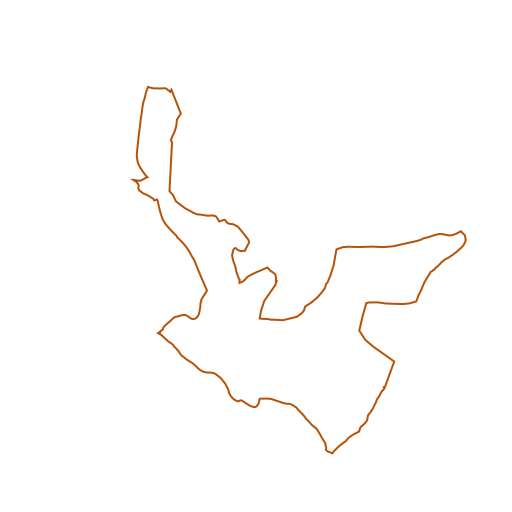 the district of Marisule, Gros Islet, Saint Lucia, rotated 303°
{"feature_id": "8701671B53143424756117", "entity_name": "Marisule", "entity_type": "district", "adm_level": 2, "iso_a3": "LCA", "parent_name": "Saint Lucia", "parent_adm1": "Gros Islet", "projection": "albers", "projection_center": [-60.968, 14.046], "detail": "fine", "context": "isolated", "style": "outline", "palette": "amber", "viewbox_px": 512, "rotation_deg": 303, "n_neighbors": 0, "source": "geoboundaries", "source_scale": "gbopen_adm2", "svg_char_len": 6139}
<svg xmlns="http://www.w3.org/2000/svg" viewBox="0 0 512 512"><g transform="rotate(303 256 256)"><path d="M253.0,111.7L253.0,115.3L252.3,117.6L251.4,119.1L249.8,119.9L248.7,120.4L247.4,122.3L247.1,127.2L247.7,130.5L248.0,133.7L248.0,138.9L247.2,140.2L247.6,140.9L249.5,142.2L248.4,143.9L244.6,147.6L241.9,150.5L238.7,154.2L235.8,158.0L234.5,160.5L233.7,162.4L232.6,165.5L230.7,172.9L229.7,178.2L228.6,180.1L227.9,184.3L226.8,188.7L225.7,192.2L223.6,197.2L221.0,202.0L219.8,204.7L218.3,207.3L210.3,218.7L200.8,233.0L200.2,233.7L197.0,233.9L193.0,233.8L190.1,233.9L188.5,234.4L185.9,235.3L183.7,236.6L182.3,237.3L180.7,237.9L178.9,238.8L177.0,239.4L175.2,239.9L173.7,240.0L171.8,239.7L170.2,239.0L168.9,237.6L168.3,236.3L168.2,234.4L168.3,232.4L168.3,230.5L168.0,228.7L166.0,226.1L162.3,222.9L161.1,221.6L159.5,220.7L158.1,220.2L155.3,219.7L151.9,218.6L147.7,217.6L145.6,217.2L144.2,217.6L143.9,217.9L138.6,216.1L139.0,217.1L138.3,217.0L138.0,216.8L138.2,219.4L138.2,220.0L137.3,224.2L137.2,225.6L136.5,229.0L136.5,231.9L136.5,232.6L136.4,234.0L136.2,235.0L135.4,237.0L134.8,239.9L134.5,240.7L134.4,241.7L133.8,243.5L133.4,244.1L132.4,246.3L132.0,247.9L131.7,251.9L131.4,253.1L131.5,256.9L131.5,258.7L131.6,259.5L131.6,260.6L130.7,266.7L130.4,267.8L130.1,269.5L130.0,271.8L130.1,273.7L130.5,275.7L130.7,276.2L131.2,277.6L132.2,279.3L132.6,279.9L133.5,281.4L134.7,284.2L134.9,285.0L135.0,286.4L134.9,287.8L134.4,292.7L133.8,294.9L133.1,296.8L132.5,298.8L132.1,299.8L131.6,300.7L131.2,301.4L130.3,303.1L129.3,304.8L128.4,306.0L126.8,307.6L126.1,308.6L124.7,311.4L124.6,311.7L124.1,313.8L123.8,315.2L123.7,316.1L123.9,318.1L124.3,320.1L124.6,320.5L126.3,321.4L126.7,321.9L127.0,322.6L127.1,324.9L127.0,328.0L127.2,333.4L128.1,336.2L128.4,336.9L128.7,337.4L129.2,337.9L130.1,338.3L131.4,338.5L132.9,338.5L134.0,338.4L135.3,338.1L137.6,337.0L138.3,336.9L138.5,337.0L139.2,337.8L139.6,338.8L140.0,339.4L141.5,341.4L142.9,343.7L143.9,345.6L144.3,346.5L144.6,347.4L144.9,348.8L145.3,349.9L145.8,352.5L146.2,353.5L146.5,354.5L146.9,356.7L148.5,361.5L149.0,362.6L149.7,363.5L150.2,364.6L150.7,366.4L150.9,367.8L150.9,369.2L150.9,370.6L150.9,371.7L150.9,372.6L150.5,373.7L150.0,375.0L149.7,376.4L149.0,379.4L148.8,380.6L148.6,381.7L148.3,382.2L148.2,383.0L146.7,386.8L146.5,387.8L146.4,388.9L145.6,391.8L145.4,392.3L144.8,394.5L144.8,395.0L144.6,395.8L144.3,399.4L143.8,401.5L143.2,402.9L141.2,407.1L141.0,407.6L140.2,408.7L138.0,413.4L136.9,415.5L136.8,415.9L136.4,416.5L135.7,417.1L135.1,417.4L134.4,418.3L134.2,418.5L133.8,419.0L133.5,419.3L133.2,419.5L132.1,420.0L131.8,420.0L131.4,420.6L131.2,421.7L131.2,422.9L131.3,423.4L131.7,424.8L132.1,427.6L133.2,427.5L136.3,428.0L139.0,428.6L142.8,429.5L149.7,432.1L153.9,432.6L160.2,435.3L164.8,438.0L169.7,436.8L170.6,437.2L174.4,438.3L176.1,438.6L177.5,438.7L179.4,438.4L182.7,437.0L184.5,436.7L186.6,437.1L191.6,437.1L195.3,436.6L197.9,436.4L200.8,435.7L202.4,435.5L204.3,435.7L208.5,435.4L210.2,435.1L214.7,435.9L215.6,434.6L216.6,435.4L242.8,429.4L243.8,404.3L245.2,393.3L249.6,383.3L263.2,378.3L276.6,374.2L278.4,375.8L283.5,383.5L286.8,390.6L291.0,397.7L295.8,405.5L299.7,410.4L305.1,415.1L308.7,414.4L310.2,414.0L311.0,413.8L313.6,413.5L316.4,413.2L320.3,412.5L326.3,411.5L333.7,411.3L336.0,411.3L337.3,411.0L338.2,411.4L339.3,412.1L340.3,412.1L341.3,412.7L342.3,413.0L343.3,413.0L344.8,413.4L345.9,413.8L346.8,414.1L347.8,414.3L349.3,414.5L350.4,414.9L351.6,414.9L352.6,415.2L354.1,415.8L355.0,415.9L356.1,416.4L358.2,417.7L360.0,418.6L362.6,419.6L363.3,420.0L364.5,420.5L366.7,421.2L368.6,422.0L373.4,423.2L374.5,423.6L376.9,423.9L378.0,424.2L379.0,424.0L379.9,424.0L383.4,423.4L385.4,421.5L387.1,420.1L388.3,414.2L387.5,413.9L386.2,413.2L383.3,411.5L381.4,410.0L380.4,409.2L379.7,408.3L378.7,407.4L377.7,405.1L377.4,404.4L376.9,402.9L376.0,400.9L374.9,398.6L373.8,397.2L373.3,396.7L372.6,396.1L370.7,394.3L369.5,393.4L366.2,390.7L363.5,388.3L361.8,386.7L359.6,385.5L356.6,383.1L338.9,365.8L332.9,358.1L327.0,348.1L319.7,337.6L314.0,328.3L310.7,324.0L305.4,319.9L300.4,321.9L291.3,325.9L280.3,329.0L272.6,330.4L270.5,330.0L266.9,331.3L261.4,331.0L253.9,329.9L246.8,327.6L240.5,324.8L236.4,325.9L233.1,325.6L227.3,323.4L222.1,318.5L216.8,313.5L212.8,306.5L211.4,304.4L210.7,303.2L210.5,302.6L209.5,300.0L207.0,295.9L205.6,293.2L207.0,292.5L213.0,290.0L222.9,287.4L242.1,288.0L245.4,287.2L244.9,286.9L248.8,284.5L251.3,281.9L251.5,276.0L252.5,271.8L247.7,268.6L245.9,267.5L243.0,265.4L238.4,262.6L236.2,261.4L235.0,260.7L233.4,260.1L229.9,259.6L228.0,259.0L226.0,258.0L225.3,257.3L224.5,256.7L227.2,255.2L227.3,254.6L227.9,253.6L231.3,249.1L233.2,247.0L235.3,245.0L236.2,243.9L236.6,243.5L238.9,240.4L240.4,238.6L242.0,237.0L243.7,235.5L244.6,235.1L245.4,235.0L247.4,234.0L248.4,233.7L249.7,233.6L250.9,234.0L251.5,234.4L251.5,235.0L251.3,236.2L251.2,237.0L251.2,238.2L251.4,238.9L251.9,240.7L252.4,241.5L253.6,242.7L254.1,243.4L254.6,244.0L255.2,243.7L256.0,243.6L261.9,243.0L263.2,242.8L264.1,242.5L265.4,240.8L265.7,240.1L267.7,234.4L268.5,232.2L270.7,224.9L270.3,219.8L268.5,216.0L268.2,214.8L268.1,213.9L268.4,213.0L268.5,212.4L269.3,210.7L269.3,210.1L269.0,209.7L267.5,208.3L265.9,207.2L265.4,207.0L265.2,206.7L264.9,206.4L265.0,205.9L266.0,204.4L266.8,202.3L267.3,201.3L267.4,200.8L267.0,199.3L266.6,198.1L266.2,197.2L264.0,194.3L263.3,193.1L262.5,191.5L260.7,187.3L258.8,183.8L258.4,181.5L258.2,180.7L258.0,179.4L258.1,178.3L257.6,173.1L257.4,170.6L257.8,165.2L258.0,162.1L258.3,158.8L259.2,157.6L260.8,154.9L261.5,153.9L261.9,153.0L263.3,148.1L305.7,123.6L306.8,121.5L310.2,120.8L315.9,120.0L317.4,119.6L321.1,118.5L322.5,117.9L327.4,115.4L334.5,115.4L349.4,94.5L346.9,94.6L347.2,93.6L347.3,91.2L347.5,90.4L347.5,89.6L347.2,88.5L346.4,87.3L343.7,83.5L342.7,81.7L341.3,79.6L340.6,78.3L339.4,74.8L339.0,73.3L333.3,74.7L330.6,75.6L327.4,76.8L325.3,77.3L323.6,77.8L319.6,79.4L312.5,82.9L310.4,83.7L306.8,85.4L304.3,86.7L290.6,93.3L285.0,96.2L277.8,99.9L275.3,101.3L272.5,103.6L269.9,106.1L267.3,110.2L265.2,115.0L263.8,118.8L262.9,122.0L261.8,121.0L259.9,120.2L258.1,119.2L256.4,118.2L255.8,117.5L255.0,116.2L253.5,112.5L253.0,111.7Z" fill="none" stroke="#b45309" stroke-width="2"/></g></svg>